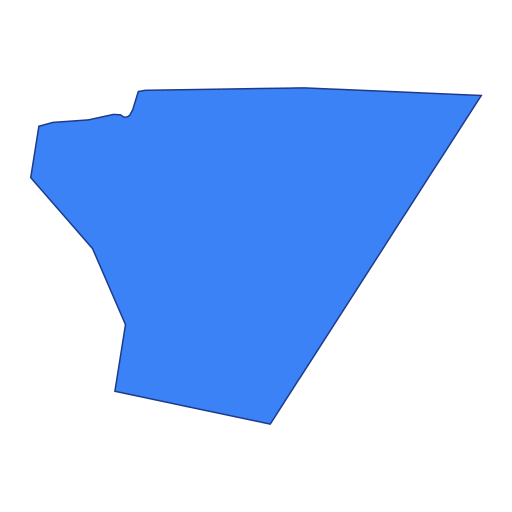 Al Maslub, Al Jawf, Yemen
{"feature_id": "15242507B10963365532335", "entity_name": "Al Maslub", "entity_type": "district", "adm_level": 2, "iso_a3": "YEM", "parent_name": "Yemen", "parent_adm1": "Al Jawf", "projection": "mercator", "projection_center": [44.561, 16.096], "detail": "fine", "context": "isolated", "style": "filled", "palette": "blue", "viewbox_px": 512, "rotation_deg": 0, "n_neighbors": 0, "source": "geoboundaries", "source_scale": "gbopen_adm2", "svg_char_len": 710}
<svg xmlns="http://www.w3.org/2000/svg" viewBox="0 0 512 512"><path d="M114.9,391.3L189.0,407.0L270.2,424.1L270.3,424.0L291.5,390.9L293.0,388.6L298.4,380.1L300.7,376.7L302.8,373.4L371.3,266.7L380.7,252.1L402.3,218.3L405.8,213.0L417.7,194.4L425.1,182.8L431.9,172.2L442.8,155.4L473.5,107.6L481.3,95.5L419.4,92.8L394.7,91.7L363.6,90.4L349.9,89.8L340.4,89.4L329.9,89.0L313.8,88.3L304.7,87.9L293.9,88.0L292.0,88.1L259.6,88.5L229.6,89.0L145.3,90.3L138.3,91.5L132.7,109.8L129.7,115.3L127.1,117.0L123.9,117.2L120.7,114.9L118.1,114.7L113.6,114.4L88.3,119.9L78.5,120.6L53.0,122.4L38.9,126.2L30.9,176.5L30.7,177.6L92.6,248.7L102.1,270.6L125.5,324.6L114.9,391.3Z" fill="#3b82f6" stroke="#1e3a8a" stroke-width="1.5"/></svg>